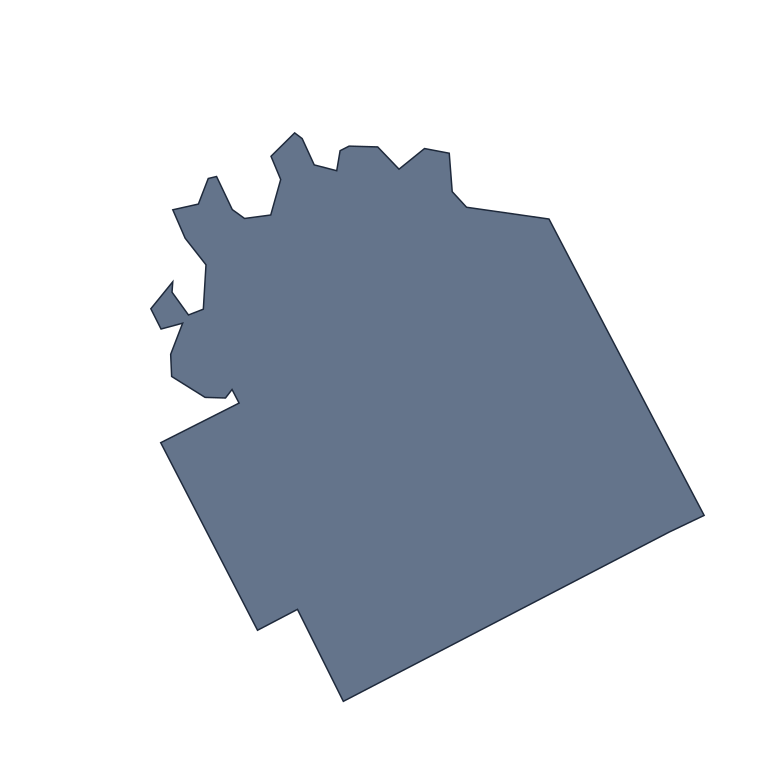 outline of Lowndes, Alabama, United States of America, rotated 333°
{"feature_id": "52423323B13549110095678", "entity_name": "Lowndes", "entity_type": "district", "adm_level": 2, "iso_a3": "USA", "parent_name": "United States of America", "parent_adm1": "Alabama", "projection": "equal_earth", "projection_center": [-86.677, 32.184], "detail": "fine", "context": "isolated", "style": "filled", "palette": "slate", "viewbox_px": 768, "rotation_deg": 333, "n_neighbors": 0, "source": "geoboundaries", "source_scale": "gbopen_adm2", "svg_char_len": 735}
<svg xmlns="http://www.w3.org/2000/svg" viewBox="0 0 768 768"><g transform="rotate(333 384 384)"><path d="M570.8,645.4L609.6,646.4L608.3,542.7L606.3,354.0L606.3,352.8L605.9,311.9L537.8,264.0L532.1,243.6L546.9,208.0L527.0,192.6L494.9,199.4L486.0,169.9L460.9,156.2L450.8,156.2L438.7,172.5L421.3,157.1L422.5,128.2L418.4,119.7L386.7,129.8L384.8,154.9L359.8,182.0L334.9,173.2L328.0,159.7L329.0,123.1L320.7,121.1L300.3,139.4L274.9,132.9L273.0,163.9L279.5,197.0L257.0,235.3L241.1,233.7L236.8,206.0L242.2,197.0L210.4,211.1L210.3,233.8L232.2,238.4L207.4,260.7L198.2,280.9L218.5,314.7L236.4,324.5L246.1,319.9L246.2,335.2L158.4,334.9L159.5,546.0L204.6,545.5L203.7,648.3L570.8,645.4Z" fill="#64748b" stroke="#1e293b" stroke-width="1.5"/></g></svg>